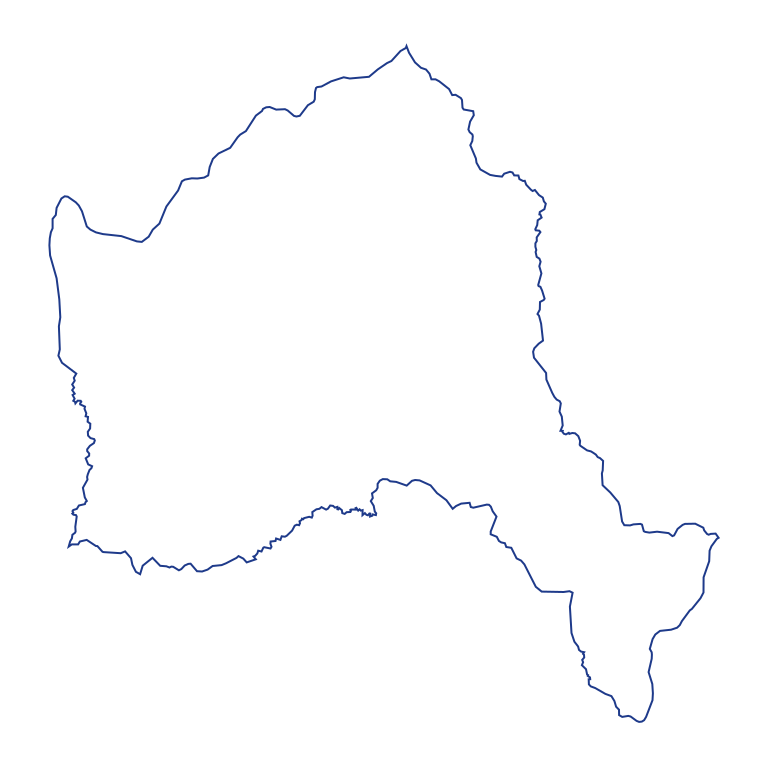 the district of Riosucio, Caldas, Colombia
{"feature_id": "7082276B83687707691324", "entity_name": "Riosucio", "entity_type": "district", "adm_level": 2, "iso_a3": "COL", "parent_name": "Colombia", "parent_adm1": "Caldas", "projection": "orthographic", "projection_center": [-75.735, 5.434], "detail": "fine", "context": "isolated", "style": "outline", "palette": "blue", "viewbox_px": 768, "rotation_deg": 0, "n_neighbors": 0, "source": "geoboundaries", "source_scale": "gbopen_adm2", "svg_char_len": 5992}
<svg xmlns="http://www.w3.org/2000/svg" viewBox="0 0 768 768"><path d="M406.5,46.1L405.8,48.0L400.5,51.0L391.4,61.0L387.0,63.1L377.8,69.4L369.0,76.8L349.8,78.5L343.7,77.3L331.0,81.4L321.5,86.5L317.2,87.1L316.0,88.0L315.0,92.1L314.8,99.3L313.7,101.7L307.9,105.2L299.8,115.8L296.4,116.5L294.0,115.9L287.7,110.5L285.0,109.2L276.2,109.6L269.7,107.0L266.2,107.3L263.0,108.9L262.0,111.0L255.9,115.6L245.9,131.1L240.2,134.6L237.6,137.3L230.2,147.8L218.5,153.5L212.9,158.9L209.7,167.0L208.2,175.4L204.1,177.6L197.4,178.5L191.8,178.3L184.9,179.6L181.9,181.3L178.1,190.5L166.4,206.5L159.4,223.6L152.8,229.6L148.7,236.7L141.8,241.9L136.9,241.4L121.3,236.1L103.0,234.1L96.0,232.4L90.4,229.6L86.8,226.5L82.0,211.3L78.8,205.5L75.8,202.3L67.8,196.7L64.7,196.3L61.4,198.5L56.6,207.9L55.8,215.0L52.6,218.9L52.6,228.3L50.9,232.2L49.8,238.2L49.4,245.3L50.1,255.5L56.6,278.3L59.3,299.4L60.3,317.3L58.9,326.3L59.8,349.4L58.4,355.7L62.0,362.8L76.3,373.6L73.8,377.9L74.7,380.7L72.2,384.5L74.1,387.6L72.2,390.1L74.7,393.7L72.6,395.0L74.6,398.7L73.3,400.8L75.0,401.8L75.4,403.4L77.6,400.7L80.7,400.8L81.3,401.8L80.1,403.4L80.2,404.4L85.0,406.6L84.5,408.8L86.3,413.3L85.6,416.3L88.0,416.9L87.6,421.7L90.3,423.7L90.1,428.5L87.8,431.8L88.1,435.6L90.5,438.1L94.2,439.1L94.8,440.5L93.9,443.1L89.9,445.8L87.2,449.3L87.2,451.1L89.2,453.5L89.1,455.7L85.7,458.3L88.2,464.4L92.1,466.2L91.4,468.2L89.5,470.0L87.8,474.3L87.1,477.0L87.5,479.6L82.9,487.8L84.8,497.4L86.8,501.0L85.5,502.2L84.9,504.1L78.9,505.5L76.8,508.9L73.3,510.0L72.5,511.1L73.3,512.7L72.3,513.6L73.4,514.7L76.0,515.1L76.7,516.5L75.3,526.8L75.6,531.5L75.1,532.7L72.4,534.8L71.9,538.4L70.2,541.3L68.7,546.6L71.8,544.4L78.1,544.4L79.9,541.5L86.7,539.9L95.9,546.0L97.4,546.1L102.5,551.8L103.6,552.1L120.7,553.2L125.1,551.4L131.0,558.2L132.4,564.9L135.9,571.8L140.1,574.2L142.7,565.7L152.5,557.8L160.2,565.8L166.4,566.3L169.5,567.5L171.3,566.6L173.2,566.8L178.9,570.3L181.3,569.1L184.7,565.5L188.3,563.9L190.6,563.7L197.0,571.2L202.1,571.5L207.6,569.6L212.6,566.0L221.6,565.1L226.0,563.3L236.5,557.9L238.5,556.1L243.3,558.6L246.7,562.4L255.8,559.3L253.5,556.5L255.1,555.9L257.3,553.5L258.2,550.7L261.5,551.5L263.3,547.7L264.2,547.2L270.5,548.5L271.5,546.8L270.4,543.7L270.6,541.5L275.5,541.0L276.1,538.5L280.4,539.9L281.7,536.3L284.9,536.7L286.7,535.8L292.1,530.6L294.7,525.7L296.8,524.7L299.1,525.2L300.0,523.2L299.5,521.3L301.5,520.1L302.0,518.7L303.3,519.2L304.1,518.1L309.2,516.8L311.8,517.6L312.6,515.7L312.3,512.1L316.4,509.3L319.4,508.8L321.5,507.1L326.1,509.6L327.9,508.7L330.2,505.5L333.1,505.9L334.9,507.6L337.3,506.9L337.4,509.2L338.3,509.4L339.2,508.0L341.9,510.2L342.3,513.1L344.7,513.9L346.6,512.2L350.4,512.0L350.9,511.0L350.3,510.0L351.0,509.5L356.1,509.6L355.6,508.1L356.3,507.8L358.2,510.6L359.6,509.3L360.8,510.6L362.6,510.1L362.5,515.2L364.9,513.1L366.4,514.8L367.9,515.3L369.4,513.5L370.2,513.6L370.1,516.5L372.3,515.7L372.6,514.4L375.9,515.1L376.2,513.3L374.8,511.6L373.7,505.8L370.8,501.1L372.8,498.0L372.0,493.4L376.2,490.3L377.6,487.8L377.6,483.9L379.8,480.7L382.8,479.1L387.3,479.3L390.2,481.3L396.2,481.9L406.7,485.6L412.0,480.8L415.1,480.0L419.6,480.4L430.6,485.4L437.0,493.1L446.4,500.2L452.7,508.8L456.1,506.0L461.2,503.6L469.6,502.8L470.8,507.0L473.3,507.7L486.8,504.6L489.0,504.8L490.8,506.6L492.7,511.3L496.5,516.6L490.7,531.5L490.7,534.3L496.8,536.8L498.9,540.9L501.2,542.4L504.9,543.2L506.3,547.0L511.3,547.8L516.6,558.4L521.1,560.6L524.4,564.4L535.8,586.8L541.7,591.6L563.6,592.0L569.5,591.2L572.6,592.7L569.9,606.6L571.5,633.0L574.4,641.7L578.1,646.5L579.0,649.9L581.1,651.6L584.1,652.2L583.0,653.8L584.0,654.8L584.2,657.5L582.2,659.9L583.1,662.2L581.9,665.2L586.0,669.2L587.1,674.5L588.1,675.1L587.8,676.0L590.0,677.4L590.2,679.2L588.7,679.3L588.9,684.4L590.8,686.4L595.1,688.0L605.4,693.9L611.4,696.1L614.4,701.0L616.1,706.7L619.0,709.7L619.1,715.1L622.2,716.9L628.3,715.9L630.6,716.5L636.6,720.9L639.1,721.9L641.8,721.6L644.1,720.2L646.1,716.9L652.5,700.2L652.9,693.3L652.3,684.0L648.6,672.1L651.7,658.8L651.9,654.7L651.7,652.3L649.8,648.9L652.6,639.1L655.3,634.5L660.0,630.9L671.1,629.7L677.1,627.7L679.8,625.1L681.9,621.1L689.8,610.4L691.9,608.9L700.5,598.2L703.5,592.5L703.6,577.3L709.2,561.2L709.6,550.7L711.4,546.3L716.8,538.9L718.6,537.8L715.6,533.6L710.7,533.9L708.7,534.7L707.1,534.0L704.2,530.4L703.3,527.7L695.2,523.7L685.0,523.9L682.6,524.9L677.6,528.9L674.1,535.4L672.4,536.1L668.6,533.1L657.1,531.7L649.4,532.6L645.2,531.9L643.8,531.2L642.0,524.6L640.4,523.9L633.4,524.4L630.1,525.4L624.3,525.2L622.1,521.5L619.7,506.0L618.3,502.0L610.3,492.5L602.6,485.2L601.9,473.4L602.7,470.4L603.1,460.9L600.0,458.1L597.7,457.1L595.9,454.6L593.4,452.9L591.0,451.4L587.1,450.4L580.4,445.8L579.7,444.8L580.1,440.8L578.3,436.1L575.1,433.3L572.3,433.0L568.5,434.1L569.7,433.5L568.8,432.8L565.9,434.4L563.8,433.7L562.4,431.8L562.7,430.9L560.5,430.8L562.7,425.5L561.8,416.6L559.5,411.6L560.8,403.4L559.7,401.2L556.7,399.6L554.4,396.9L552.2,392.8L546.4,379.6L546.1,373.0L534.0,357.7L533.1,351.8L534.3,348.3L538.7,343.7L543.0,340.6L541.1,323.6L539.0,315.7L537.5,314.0L539.8,309.6L540.0,302.0L543.7,300.0L544.6,298.7L542.1,290.6L540.4,286.8L538.6,286.1L538.2,285.0L541.4,273.4L539.3,266.2L540.6,261.7L539.4,258.6L536.7,256.9L535.6,252.0L536.3,250.0L535.4,246.8L535.4,243.3L536.8,241.0L536.7,237.4L540.4,232.1L539.3,230.7L535.7,230.3L535.3,229.2L537.2,225.1L537.7,220.3L541.6,217.6L540.4,214.6L539.4,214.4L539.8,212.0L544.4,209.2L545.8,203.7L543.9,201.4L542.8,197.6L539.0,195.1L534.9,190.0L532.6,191.0L530.9,189.7L526.2,184.7L524.8,180.8L523.1,181.0L519.4,179.1L518.4,175.5L514.2,175.4L512.5,172.5L510.0,171.8L504.2,173.7L502.0,176.6L495.5,175.9L490.1,174.9L480.3,169.4L476.5,162.7L475.9,158.5L470.3,145.2L472.3,141.0L472.8,136.2L472.4,134.5L469.7,132.2L468.4,129.5L470.1,121.6L473.8,115.2L473.2,111.2L463.7,109.5L462.5,107.7L462.0,100.0L460.9,98.1L455.6,94.8L452.2,95.1L449.1,89.1L439.2,81.3L435.5,79.3L431.4,79.3L429.5,73.7L426.0,69.5L421.0,67.8L415.0,62.4L409.0,52.7L406.5,46.1Z" fill="none" stroke="#1e3a8a" stroke-width="2"/></svg>